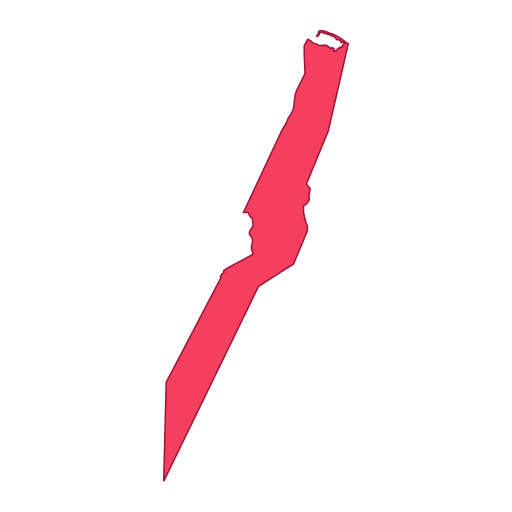 the district of Gagaemauga II, Gaga'emauga, Samoa
{"feature_id": "51752279B40413162878901", "entity_name": "Gagaemauga II", "entity_type": "district", "adm_level": 2, "iso_a3": "WSM", "parent_name": "Samoa", "parent_adm1": "Gaga'emauga", "projection": "mercator", "projection_center": [-172.342, -13.526], "detail": "fine", "context": "isolated", "style": "filled", "palette": "rose", "viewbox_px": 512, "rotation_deg": 0, "n_neighbors": 0, "source": "geoboundaries", "source_scale": "gbopen_adm2", "svg_char_len": 2018}
<svg xmlns="http://www.w3.org/2000/svg" viewBox="0 0 512 512"><path d="M348.3,43.5L347.4,43.6L344.4,41.0L343.8,40.7L341.1,38.6L338.6,37.2L336.4,35.8L332.8,34.1L331.2,33.5L330.3,33.5L328.2,32.5L326.1,31.7L323.9,31.0L322.2,30.7L319.9,30.7L319.1,31.1L318.7,31.7L318.4,33.2L317.5,35.1L316.6,36.1L317.1,36.5L318.4,35.8L319.1,34.5L319.3,33.4L320.0,32.6L323.2,32.5L324.7,33.7L325.7,33.3L326.7,33.6L327.3,34.3L329.8,34.8L331.2,35.7L334.2,36.8L335.4,37.7L336.2,39.2L336.7,39.7L339.0,39.7L340.5,40.9L340.8,42.3L341.2,42.7L341.6,42.3L343.4,42.3L344.7,42.8L344.7,43.6L343.8,43.9L342.9,44.8L342.0,46.2L342.2,47.1L341.3,47.5L339.6,47.3L339.2,48.2L338.4,48.3L337.6,49.0L336.8,50.2L336.2,50.3L334.9,50.9L333.5,51.2L333.2,50.8L333.8,50.3L334.1,48.8L333.2,48.0L332.6,48.2L331.7,47.6L330.5,48.5L329.0,47.2L328.2,47.0L328.2,46.4L327.0,45.7L325.7,45.8L325.7,45.4L324.5,45.0L323.7,45.1L323.1,45.8L321.6,45.3L320.0,45.5L318.8,45.3L316.5,44.0L314.7,43.6L313.0,42.9L312.0,42.3L311.8,41.7L310.7,40.8L308.5,39.6L307.7,39.3L304.2,45.7L304.2,48.9L304.3,55.9L305.0,73.6L297.0,89.7L296.5,90.8L295.0,95.2L294.8,98.0L294.1,102.9L294.0,105.3L293.6,108.0L292.3,111.4L291.0,114.0L288.2,118.1L286.2,123.1L285.8,123.6L281.6,130.9L243.4,212.5L244.7,212.5L246.9,212.2L248.1,212.7L248.6,213.3L249.0,214.5L250.4,217.0L252.2,218.4L252.5,219.4L252.5,221.2L253.1,224.1L253.0,225.6L252.2,227.4L251.1,228.8L249.5,231.7L249.3,232.8L249.4,234.0L250.0,235.2L250.9,236.1L251.5,237.6L252.2,238.6L252.4,239.2L252.4,242.9L251.3,246.4L251.6,249.6L252.1,251.1L252.6,252.3L252.8,254.4L226.2,268.7L223.7,270.7L223.7,272.6L223.2,273.3L222.0,273.7L221.8,274.5L220.6,275.8L220.5,276.8L221.1,277.4L166.2,382.3L163.7,481.3L258.5,286.4L293.6,263.9L307.3,231.1L307.5,226.9L306.9,225.0L306.0,223.0L305.3,219.8L304.5,216.8L303.6,212.7L303.5,207.9L303.6,206.1L304.2,205.4L306.7,203.8L307.6,202.6L308.6,201.0L309.2,199.5L309.0,196.2L309.1,194.7L310.2,188.9L309.7,187.8L308.4,186.5L306.4,184.0L328.2,131.2L340.2,79.1L348.3,43.5Z" fill="#f43f5e" stroke="#9f1239" stroke-width="1.5"/></svg>